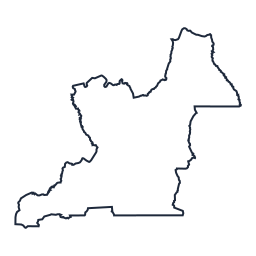 Kahemba, Bandundu, Democratic Republic of the Congo
{"feature_id": "63176286B37251946319002", "entity_name": "Kahemba", "entity_type": "district", "adm_level": 2, "iso_a3": "COD", "parent_name": "Democratic Republic of the Congo", "parent_adm1": "Bandundu", "projection": "albers", "projection_center": [18.943, -7.197], "detail": "fine", "context": "isolated", "style": "outline", "palette": "slate", "viewbox_px": 256, "rotation_deg": 0, "n_neighbors": 0, "source": "geoboundaries", "source_scale": "gbopen_adm2", "svg_char_len": 5680}
<svg xmlns="http://www.w3.org/2000/svg" viewBox="0 0 256 256"><path d="M71.7,94.6L71.9,94.9L71.6,95.4L72.1,95.9L71.9,96.5L72.3,97.0L72.0,97.3L72.7,97.6L72.2,98.0L72.7,98.7L72.1,99.3L73.0,99.4L73.1,99.8L72.6,100.2L73.3,100.5L73.5,101.6L72.9,103.5L73.3,104.5L73.6,104.8L73.9,104.3L74.8,104.8L75.2,105.8L75.6,105.9L75.7,106.1L74.9,106.2L74.8,106.5L76.0,108.7L78.0,108.6L78.0,109.2L79.2,110.3L79.4,110.7L78.8,110.9L78.5,112.3L79.8,113.6L79.5,114.4L80.1,114.2L81.3,115.9L80.9,117.3L80.1,117.6L80.6,118.2L79.8,118.5L79.6,119.1L79.7,119.5L80.6,120.0L80.0,121.3L80.3,122.1L80.8,121.8L81.0,122.1L80.7,123.6L81.5,126.6L82.2,126.2L82.7,126.9L82.4,128.1L82.5,129.0L83.9,131.1L84.0,131.9L85.2,132.7L86.2,134.6L88.4,135.6L89.0,137.1L89.9,137.6L90.1,139.9L90.8,140.4L91.0,141.3L92.4,142.3L92.7,143.3L92.0,143.7L92.4,144.2L92.5,145.1L93.2,144.8L94.2,145.3L95.8,145.1L96.7,146.7L97.5,147.4L96.5,149.3L96.5,151.4L96.1,152.4L91.1,160.3L89.5,161.9L89.0,161.9L86.5,160.6L83.7,158.5L82.8,158.2L82.3,158.4L81.6,160.2L80.0,162.3L78.4,163.0L75.6,163.5L73.6,164.8L72.2,164.8L72.1,163.9L71.7,163.7L69.5,163.4L67.7,162.2L66.4,162.5L65.1,163.8L64.8,166.9L63.0,167.7L62.5,168.5L62.9,170.4L62.4,171.5L62.0,173.9L61.4,174.2L61.2,175.0L61.6,175.7L61.0,176.0L61.4,176.9L61.0,178.7L60.6,179.0L61.3,180.8L60.6,181.9L60.6,182.5L58.1,182.6L57.1,183.0L55.2,185.2L54.4,185.3L54.3,185.6L54.5,185.9L53.8,187.2L53.0,186.5L52.4,187.0L52.2,186.6L51.8,186.7L51.5,187.3L51.1,187.3L50.8,188.2L50.3,188.2L50.3,188.8L49.7,189.0L49.5,189.6L50.2,190.1L49.6,190.3L49.4,191.0L48.8,190.8L48.2,191.9L48.5,192.4L48.0,192.6L47.9,193.6L47.3,194.0L47.0,194.8L44.1,195.0L43.5,194.4L42.0,194.4L39.5,195.4L38.2,195.4L37.6,195.3L35.1,193.4L34.5,193.6L34.3,194.1L33.5,193.4L32.9,193.6L33.2,192.7L31.7,192.6L26.2,195.0L20.9,198.4L19.9,200.8L18.4,202.3L18.2,203.0L19.0,204.7L18.6,206.9L19.5,210.2L17.1,211.9L16.0,214.2L15.5,217.2L15.4,224.2L21.3,224.5L23.3,225.5L24.8,227.4L25.8,227.8L27.8,226.2L38.6,226.3L38.9,225.0L37.2,222.9L38.0,221.5L38.3,219.9L42.3,219.3L44.3,216.5L50.3,214.8L51.2,214.3L55.9,214.8L57.4,214.3L59.5,214.2L61.0,214.8L60.1,215.5L60.6,217.0L62.2,217.4L62.9,216.9L63.4,217.0L63.5,217.5L66.0,218.4L67.2,217.8L68.3,218.4L69.4,217.4L70.7,216.9L70.0,215.5L84.6,215.4L85.1,214.8L85.3,212.4L86.6,211.4L87.7,209.8L88.0,208.2L111.9,206.9L112.3,211.0L111.8,211.1L111.7,211.5L112.6,212.0L114.1,214.7L114.1,215.4L182.7,215.3L183.3,213.2L182.8,210.9L174.2,207.6L174.2,206.0L173.9,205.4L172.7,204.8L173.3,202.8L174.1,202.3L174.0,200.9L175.0,200.3L174.8,195.0L176.7,192.3L177.5,191.8L177.4,190.8L177.9,190.3L177.8,189.1L179.1,183.7L179.9,182.9L179.7,180.8L179.0,180.0L178.8,179.0L178.7,177.4L177.5,175.9L176.1,172.7L175.6,170.0L176.8,169.3L176.9,168.5L185.6,168.7L186.9,168.3L188.0,167.1L187.9,165.9L189.1,164.6L188.2,161.3L189.3,161.0L191.0,159.8L192.1,158.1L193.7,157.6L195.0,158.1L195.1,157.9L194.6,156.3L193.7,155.4L192.5,155.0L192.7,154.0L193.2,153.9L193.3,153.6L192.0,152.8L189.1,146.6L190.1,145.2L189.9,143.7L189.5,143.6L188.3,140.6L188.9,140.0L188.5,139.4L189.2,137.7L189.1,135.5L189.9,133.9L190.1,132.0L189.8,131.5L190.3,129.2L189.9,128.3L190.1,127.5L189.3,125.9L190.1,125.0L190.6,121.4L193.4,116.1L196.2,112.9L196.6,112.8L194.9,109.7L194.6,106.4L239.1,106.5L240.5,105.7L239.9,105.0L240.6,104.6L240.2,104.1L239.8,103.1L240.0,102.6L239.5,101.8L239.5,99.9L238.7,99.7L238.4,99.3L238.9,98.3L238.6,96.9L238.7,96.3L237.9,95.6L238.1,94.8L237.2,94.9L237.0,92.7L236.4,91.1L233.9,89.4L233.2,87.9L233.4,87.0L233.1,86.6L232.1,86.4L231.7,84.3L230.7,84.4L230.5,83.4L229.4,82.0L228.6,81.8L228.1,80.8L227.0,80.4L227.3,79.9L226.1,78.4L226.1,77.4L225.2,77.6L225.0,76.3L224.0,75.6L224.2,74.6L223.6,74.6L223.6,73.7L222.9,73.4L221.8,72.3L220.8,71.8L220.9,71.0L219.9,70.0L219.3,70.0L219.0,69.0L217.6,67.1L217.4,66.1L215.9,65.9L215.2,64.5L214.3,64.2L213.0,61.2L212.5,60.8L212.5,58.6L212.8,58.2L211.8,57.2L211.7,56.2L212.3,55.4L211.7,54.0L212.4,53.8L212.6,53.3L212.0,51.7L213.3,51.8L212.4,50.6L213.2,49.5L213.0,47.0L212.1,46.2L212.2,45.6L213.5,44.9L213.7,43.9L213.5,43.2L212.3,41.6L212.0,39.6L211.2,37.6L211.1,35.2L210.4,34.9L210.2,34.2L209.8,34.2L209.1,34.7L207.3,35.0L205.8,36.1L204.5,36.5L201.8,36.1L198.0,34.8L196.2,34.7L191.8,32.5L190.3,30.7L189.9,30.6L188.9,30.9L187.3,30.4L186.6,29.1L185.2,28.3L184.0,28.2L182.3,29.3L181.6,30.6L178.9,37.9L178.0,39.2L175.4,40.1L173.9,39.9L172.8,39.2L171.5,39.3L172.6,41.0L173.1,42.8L172.8,45.6L172.3,46.6L172.8,47.9L172.2,48.7L172.3,49.5L171.4,51.4L171.3,53.5L170.5,54.9L170.7,55.8L170.4,56.8L170.8,57.5L170.8,58.7L170.2,59.3L170.3,61.5L168.8,63.4L167.1,68.8L167.2,69.3L166.2,70.7L165.9,73.5L165.4,74.1L165.5,74.7L165.1,76.1L165.6,77.4L166.4,78.1L166.2,79.5L165.7,80.0L164.7,79.7L164.3,80.1L162.7,79.4L161.7,80.1L160.5,80.5L159.9,81.8L158.1,83.3L157.0,85.9L156.0,86.7L155.7,87.5L154.4,88.1L153.9,89.0L152.5,89.1L151.4,89.8L150.6,91.8L149.8,91.8L149.4,92.5L148.9,92.6L148.5,93.5L147.8,93.8L147.7,95.3L146.7,95.8L145.1,95.4L143.9,95.6L143.2,95.0L142.5,95.1L141.6,95.7L140.7,95.7L139.0,96.6L133.7,97.7L133.0,93.5L130.5,88.8L130.2,87.6L129.8,87.1L129.4,86.0L128.1,85.4L126.9,84.4L127.4,83.7L127.2,83.2L125.0,82.9L124.1,83.7L122.6,83.3L122.0,81.1L122.4,80.6L122.2,79.6L121.8,79.4L121.5,80.0L121.2,79.5L119.8,80.8L119.6,81.4L119.8,82.1L119.5,82.5L119.6,83.5L119.3,83.9L117.7,84.0L116.7,84.4L116.6,84.9L115.1,84.5L113.8,85.2L113.0,85.1L110.6,83.3L109.1,82.9L108.2,83.6L106.4,86.6L105.1,87.0L104.3,86.3L104.2,84.8L106.4,81.8L106.6,80.1L105.8,78.8L103.8,76.9L102.2,75.7L101.3,75.5L94.9,78.3L92.2,77.9L86.8,82.9L86.6,84.0L87.2,85.6L86.6,86.5L85.9,86.8L85.2,87.0L84.6,86.5L83.6,83.4L73.1,85.8L72.7,86.8L73.2,88.2L74.8,89.0L75.2,90.7L75.6,91.2L75.5,91.8L74.0,94.6L71.7,94.6Z" fill="none" stroke="#1e293b" stroke-width="2"/></svg>